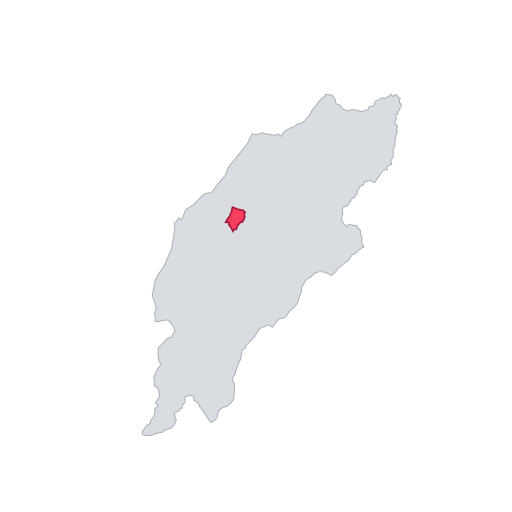 Bogd, Övörhangay, Mongolia (highlighted), rotated 122°
{"feature_id": "93677404B40761087888007", "entity_name": "Bogd", "entity_type": "district", "adm_level": 2, "iso_a3": "MNG", "parent_name": "Mongolia", "parent_adm1": "Övörhangay", "projection": "robinson", "projection_center": [102.15, 44.534], "detail": "fine", "context": "in_parent", "style": "filled", "palette": "rose", "viewbox_px": 512, "rotation_deg": 122, "n_neighbors": 0, "source": "geoboundaries", "source_scale": "gbopen_adm2", "svg_char_len": 4517}
<svg xmlns="http://www.w3.org/2000/svg" viewBox="0 0 512 512"><g transform="rotate(122 256 256)"><path d="M45.8,217.3L47.4,217.2L49.9,215.7L50.3,213.6L51.1,212.5L56.9,211.9L59.4,212.5L59.9,211.2L60.4,211.0L61.7,212.1L63.1,211.7L64.0,211.2L65.0,209.6L66.9,209.8L70.4,208.1L70.5,205.0L71.8,204.3L74.9,203.7L75.3,202.3L76.0,201.9L78.2,201.6L82.1,200.0L83.9,199.8L85.4,198.5L88.9,196.7L94.0,195.9L94.5,195.0L99.3,192.2L104.3,192.1L105.7,189.7L106.5,189.5L109.9,192.3L111.3,192.0L111.9,190.9L114.0,190.9L114.8,192.9L115.9,193.7L130.7,194.4L131.1,195.2L131.8,199.9L134.4,202.0L135.0,203.1L139.1,202.7L141.4,204.5L144.9,204.4L146.7,204.9L150.2,203.2L151.0,203.2L152.1,204.1L153.8,203.5L157.0,205.1L159.4,204.8L160.6,205.4L162.1,204.9L165.6,205.4L168.5,207.9L170.4,207.7L172.8,206.0L173.5,204.9L176.9,204.3L178.9,203.2L180.2,202.2L182.2,198.6L182.7,194.8L180.9,194.3L179.5,193.0L178.7,191.0L178.6,189.6L177.0,187.5L177.1,186.4L178.2,184.6L178.7,181.6L179.9,180.0L182.3,179.1L182.5,177.9L184.0,175.7L187.8,174.3L189.9,171.8L191.1,169.2L192.9,170.5L197.6,172.4L201.6,173.2L204.1,175.1L211.1,175.5L222.8,180.0L225.2,179.7L232.1,181.6L232.7,182.2L232.6,185.5L233.2,186.5L233.4,190.0L234.7,191.8L234.4,194.0L235.0,194.6L236.7,194.9L239.5,197.2L245.7,198.7L247.5,200.2L251.8,201.2L254.0,200.6L257.6,200.9L258.9,200.7L261.1,199.0L262.5,198.5L270.6,197.1L272.8,196.0L274.3,195.8L280.7,196.9L285.2,198.5L291.6,198.4L294.6,200.3L295.9,202.0L298.5,203.6L307.3,204.3L307.8,204.7L307.7,208.5L308.1,209.2L314.0,213.4L316.7,214.6L324.8,214.4L337.5,217.1L340.4,216.3L343.1,217.7L344.1,217.6L352.1,214.1L353.3,214.3L361.7,212.9L367.0,211.2L371.1,211.3L374.2,209.8L375.5,206.8L380.6,203.3L389.7,199.0L395.5,199.7L399.0,201.2L402.7,204.3L404.8,205.1L408.5,205.4L413.8,203.3L416.6,203.8L419.3,204.8L421.1,206.3L413.9,222.6L413.8,223.5L411.4,226.9L411.3,232.3L408.0,234.3L408.6,237.3L409.5,238.5L413.4,241.6L414.6,241.2L415.6,239.9L417.6,238.8L421.3,239.1L424.5,238.6L428.7,239.6L432.6,242.2L437.6,236.6L442.5,235.9L447.2,236.7L450.9,240.4L455.3,242.1L456.6,244.3L458.3,245.1L458.9,246.2L464.4,250.4L465.6,253.3L467.3,255.3L467.4,257.3L467.1,258.3L465.1,259.4L457.8,258.9L453.5,256.9L452.0,258.0L446.4,257.6L443.4,258.4L441.3,259.2L440.1,260.5L439.2,260.9L438.3,260.8L436.5,259.7L435.1,259.7L434.7,260.0L434.0,263.4L429.3,263.4L427.7,263.0L423.9,264.6L423.3,266.0L421.4,267.8L419.7,271.3L420.2,272.8L419.7,273.7L416.3,275.6L413.1,278.3L406.3,279.5L403.0,279.7L400.6,279.0L398.2,279.5L396.5,282.6L392.2,286.4L385.8,290.1L373.9,287.8L372.4,287.3L369.8,284.9L363.0,284.8L361.1,286.4L359.4,288.8L356.8,296.5L359.7,300.8L363.0,303.7L364.3,305.7L364.4,307.4L362.3,308.2L359.4,311.0L352.2,313.6L344.4,323.1L330.2,328.7L321.3,329.1L314.3,328.5L295.4,331.2L283.2,336.1L274.1,340.4L272.2,342.4L271.2,342.8L269.6,342.0L264.6,341.7L264.6,338.1L253.9,340.2L245.2,335.9L232.7,333.4L230.2,332.4L226.0,327.7L223.7,327.0L218.2,326.8L203.2,324.7L196.2,326.5L165.6,322.8L154.5,324.0L154.0,323.5L153.4,320.5L148.3,315.9L147.6,314.7L147.4,312.9L143.4,303.4L140.8,301.9L141.3,298.0L137.2,298.3L132.7,296.7L128.2,293.9L126.0,291.8L122.8,291.3L118.9,287.6L117.1,286.8L107.4,285.3L102.5,285.7L97.3,284.8L91.3,284.6L89.4,283.8L87.7,283.9L84.3,282.3L82.0,282.7L79.4,277.2L80.3,273.8L81.5,271.8L84.4,268.8L84.4,267.7L83.5,264.9L85.3,260.1L84.9,257.1L83.6,253.7L81.6,252.9L78.9,248.2L78.2,244.6L77.1,242.1L74.2,240.6L73.4,238.4L72.5,238.3L71.8,239.0L70.0,239.3L68.3,237.9L67.4,236.4L66.3,235.9L64.4,236.0L62.6,236.7L60.6,236.4L59.0,235.0L54.7,232.8L54.7,231.2L54.1,230.1L52.8,229.8L51.5,228.6L47.3,227.3L47.2,226.5L48.5,224.8L45.6,223.4L44.6,221.9L46.4,219.9L45.8,218.6L45.8,217.3Z" fill="#d9dde1" stroke="#a8b0b8" stroke-width="1"/><path d="M224.6,288.3L224.6,288.9L224.5,289.5L224.0,290.8L223.9,291.4L224.2,291.7L224.5,292.1L225.0,293.5L225.0,293.9L225.5,294.4L225.9,296.3L226.4,297.4L226.4,297.5L226.3,298.0L226.7,300.5L227.1,301.9L229.5,301.0L229.8,300.8L230.6,300.5L231.4,300.2L233.9,300.0L235.9,299.5L239.5,299.8L240.7,299.8L242.7,299.7L243.6,299.7L243.5,299.2L243.4,299.0L242.9,298.5L242.3,297.9L242.0,297.4L242.9,296.1L244.2,295.3L244.5,294.1L244.6,293.5L245.9,290.9L247.4,288.6L245.1,288.8L244.0,286.8L243.8,286.8L241.7,287.3L240.5,287.6L238.9,287.4L237.9,287.4L235.4,287.0L234.7,286.0L234.6,285.5L233.3,285.6L232.0,285.7L231.9,285.7L231.7,285.7L231.4,285.5L231.2,285.6L230.9,285.7L230.7,285.7L230.6,285.8L230.4,285.8L230.2,285.9L229.0,286.4L228.8,286.2L227.3,287.4L226.7,288.0L225.6,288.6L224.6,288.3Z" fill="#f43f5e" stroke="#9f1239" stroke-width="1.5"/></g></svg>